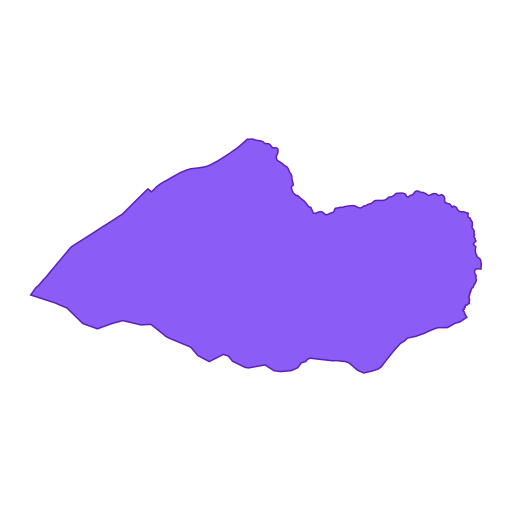 Campina, Prahova, Romania (orthographic projection), rotated 90°
{"feature_id": "2599482B7526130518250", "entity_name": "Campina", "entity_type": "district", "adm_level": 2, "iso_a3": "ROU", "parent_name": "Romania", "parent_adm1": "Prahova", "projection": "orthographic", "projection_center": [25.739, 45.14], "detail": "fine", "context": "isolated", "style": "filled", "palette": "violet", "viewbox_px": 512, "rotation_deg": 90, "n_neighbors": 0, "source": "geoboundaries", "source_scale": "gbopen_adm2", "svg_char_len": 5888}
<svg xmlns="http://www.w3.org/2000/svg" viewBox="0 0 512 512"><g transform="rotate(90 256 256)"><path d="M338.3,342.6L347.1,321.3L355.6,314.1L361.6,302.7L354.4,288.7L356.0,283.7L361.3,279.4L367.4,266.9L367.9,263.4L364.9,247.0L370.7,238.1L371.6,231.1L370.6,220.7L367.8,214.4L362.8,210.6L361.5,206.3L359.3,204.5L358.2,202.0L360.8,179.0L360.6,175.3L361.6,166.6L363.0,162.8L370.3,154.4L373.0,148.2L370.8,139.1L369.0,133.7L366.8,130.7L360.9,126.3L350.8,118.2L343.5,111.7L340.9,107.4L338.1,104.6L336.3,96.1L333.2,87.5L330.7,82.1L328.7,77.4L327.7,74.2L327.6,64.5L323.3,57.1L321.9,52.0L317.3,45.2L313.7,47.3L311.9,47.7L311.2,48.4L310.8,48.6L310.3,49.0L310.1,48.8L309.5,48.7L309.4,48.4L309.1,47.5L309.0,47.4L308.9,47.4L308.5,47.6L307.7,47.6L307.1,47.4L307.1,47.1L307.2,46.9L307.0,46.7L306.3,46.7L305.7,46.5L305.0,46.1L304.9,45.8L305.1,45.3L305.0,44.8L304.7,44.5L304.3,44.3L304.0,43.9L303.5,43.1L303.5,42.9L303.5,42.6L302.8,42.8L302.9,43.0L302.7,43.1L302.2,42.8L301.6,42.8L301.2,42.6L300.8,42.6L300.3,42.8L299.8,42.4L299.3,42.4L298.8,42.7L298.2,42.9L297.3,43.0L296.9,43.2L296.6,43.4L296.3,43.3L296.3,43.0L296.2,42.8L295.5,42.5L295.0,42.5L294.2,42.2L293.6,42.4L293.4,42.3L293.2,42.0L293.1,41.9L292.5,42.2L292.2,42.2L291.8,41.4L291.5,41.2L291.0,41.0L290.6,41.3L290.1,41.1L289.8,41.1L289.1,40.5L288.4,40.4L287.8,39.8L287.7,39.6L287.8,39.3L287.6,39.1L286.8,38.7L286.3,38.5L285.9,38.3L285.5,38.3L285.1,38.2L284.7,37.9L283.9,37.2L283.2,36.8L280.9,35.8L280.3,35.7L279.9,35.6L279.2,35.8L278.1,36.2L277.6,36.2L276.1,35.8L275.7,35.8L274.6,36.4L273.8,37.1L273.0,37.4L272.4,37.3L271.2,37.5L270.6,37.4L270.1,37.1L269.6,36.7L269.3,36.0L268.8,34.9L268.8,34.5L268.7,33.8L269.1,31.1L268.3,31.0L267.2,30.9L266.5,30.9L264.8,30.7L260.7,31.2L259.9,31.5L259.1,31.9L258.6,32.3L258.2,32.9L257.4,34.1L256.8,34.9L256.2,35.2L255.4,35.2L255.0,35.5L254.0,36.0L252.9,36.5L249.0,36.7L247.7,36.3L246.9,36.2L246.2,36.7L245.2,37.8L244.4,38.4L244.2,38.5L242.5,37.7L242.0,37.1L241.5,36.3L241.4,36.2L240.9,36.1L240.7,36.2L239.4,37.0L238.6,36.9L238.3,36.9L237.5,37.6L236.9,37.9L236.5,38.0L235.9,38.0L235.0,37.4L234.9,37.4L234.6,37.4L234.0,37.9L233.6,38.0L231.8,37.8L231.0,37.9L230.1,38.2L229.4,38.8L227.7,39.9L227.2,40.1L226.7,40.0L225.7,39.6L225.1,39.6L223.7,39.7L222.6,39.7L221.9,39.9L221.6,40.0L221.0,40.7L220.6,40.7L220.1,41.0L219.5,41.6L219.2,41.6L218.7,41.5L218.3,41.7L218.0,42.1L217.5,43.2L217.2,43.6L216.8,44.0L215.8,44.1L214.0,43.8L213.6,43.8L213.2,43.9L213.0,44.3L212.6,46.2L212.3,46.8L211.8,48.1L211.8,49.4L211.8,50.4L211.6,51.3L211.6,52.1L211.5,52.5L210.2,54.0L209.6,54.5L209.0,54.9L207.7,55.4L207.1,56.1L206.5,57.2L206.2,58.0L206.1,58.4L206.2,58.6L206.3,58.9L206.8,59.3L207.3,59.4L207.4,59.5L207.3,59.9L206.8,60.3L206.0,60.7L205.0,61.4L204.4,61.9L204.0,62.4L203.8,62.8L203.6,63.9L203.4,64.7L202.5,66.7L202.2,67.0L201.7,67.0L200.2,67.5L199.1,67.3L198.3,67.3L197.4,67.6L196.4,68.0L196.1,68.3L195.3,69.1L194.9,69.8L194.7,70.3L194.7,70.8L195.1,71.9L195.3,72.5L195.5,73.1L195.4,73.6L195.2,74.0L194.5,74.7L194.0,75.5L193.8,75.9L193.7,76.7L193.6,77.9L193.7,78.7L193.9,79.5L195.3,82.5L195.4,83.1L195.3,83.6L195.0,84.4L193.6,86.2L193.0,87.6L192.4,89.0L192.4,90.8L192.1,91.6L191.1,93.7L191.0,95.0L191.1,95.8L191.4,96.4L192.3,97.5L195.0,99.4L195.1,100.0L195.2,101.1L195.6,102.1L196.6,103.2L196.9,103.8L197.0,104.3L196.6,105.4L194.3,106.3L193.4,108.2L193.2,109.5L193.0,110.4L193.3,114.9L193.5,116.2L195.4,117.9L196.6,120.0L196.9,121.1L197.1,122.9L197.5,123.7L199.1,125.4L199.6,126.2L200.0,127.1L200.4,129.1L200.4,134.6L200.5,136.5L200.9,137.6L201.5,138.4L202.6,139.5L203.4,140.6L203.7,141.4L204.4,144.1L204.7,144.8L205.2,145.3L205.8,145.9L205.9,146.6L205.9,147.9L206.3,148.7L207.3,149.8L207.7,150.7L208.0,151.7L207.8,153.1L207.1,154.6L206.2,156.4L205.7,157.7L205.6,159.9L205.8,162.2L206.5,166.8L206.8,168.0L207.2,168.9L207.4,169.6L207.3,172.0L207.5,172.9L207.8,173.4L208.0,174.0L208.1,176.1L208.4,176.7L209.0,177.1L210.1,177.6L211.4,178.1L212.1,178.6L212.6,179.7L213.0,181.2L214.1,183.5L214.4,184.3L214.7,184.9L214.6,186.0L214.6,186.5L214.1,187.1L212.3,189.2L211.6,190.8L211.7,191.8L212.0,193.1L212.4,194.4L213.0,195.5L213.3,196.5L213.4,197.4L213.2,198.2L212.8,198.8L207.7,201.0L207.4,201.3L207.1,201.7L206.9,202.9L206.6,203.6L205.6,204.1L202.8,206.3L200.7,208.2L197.8,212.1L196.7,212.9L196.4,213.6L195.5,214.4L195.4,215.1L195.6,215.5L194.5,217.0L193.0,218.6L191.3,219.5L188.6,220.5L187.6,220.6L186.6,220.4L186.1,220.2L185.5,219.1L185.0,218.8L184.5,218.7L183.9,218.8L182.7,219.2L181.2,219.5L179.6,219.9L178.7,220.2L177.5,220.1L176.4,220.2L175.8,220.3L174.3,220.9L173.1,221.7L172.5,222.3L171.5,222.7L169.6,223.4L167.6,224.5L166.5,225.6L165.7,227.1L164.8,228.4L163.5,229.8L162.6,231.0L162.0,232.1L160.9,233.7L160.3,234.7L159.7,235.0L158.8,235.4L157.9,235.6L157.1,235.7L156.4,235.6L155.6,235.4L153.8,234.5L152.3,234.1L151.4,234.0L150.1,234.0L149.1,234.2L148.6,234.6L148.0,235.2L147.8,235.8L147.8,236.6L147.8,238.7L147.7,239.4L147.3,239.8L146.2,240.7L144.5,242.1L143.9,243.2L143.7,243.7L143.7,244.8L143.6,246.7L143.3,247.5L142.4,248.2L141.8,248.9L141.3,250.2L140.9,251.4L140.6,253.8L140.3,255.2L140.0,256.6L139.4,258.2L139.1,259.5L139.0,261.3L139.3,262.9L139.2,264.7L141.6,267.3L147.0,273.5L148.1,274.8L149.1,276.3L151.2,279.4L152.3,280.9L153.5,282.6L157.2,288.3L161.0,294.4L164.6,301.1L165.4,302.9L166.2,305.0L166.5,305.9L166.8,307.2L167.2,309.1L167.8,312.8L168.1,315.2L168.7,320.9L169.9,325.1L172.6,331.7L178.2,341.7L179.2,343.3L180.5,345.5L181.9,348.3L184.3,352.2L185.4,353.6L186.8,355.4L191.8,360.3L188.9,364.1L195.6,371.0L214.4,389.9L216.7,393.7L218.9,396.9L221.2,400.6L224.5,405.7L226.9,409.6L234.2,420.8L245.3,438.3L247.2,441.1L270.6,460.7L273.7,463.3L276.7,465.6L280.0,468.8L284.8,472.9L285.5,473.4L287.6,476.1L293.2,480.0L295.0,481.3L302.9,457.0L308.1,444.9L323.6,429.1L328.8,414.6L323.4,399.7L320.6,389.1L324.9,371.2L324.4,361.0L334.4,348.5L336.4,346.2L338.3,342.6Z" fill="#8b5cf6" stroke="#5b21b6" stroke-width="1.5"/></g></svg>